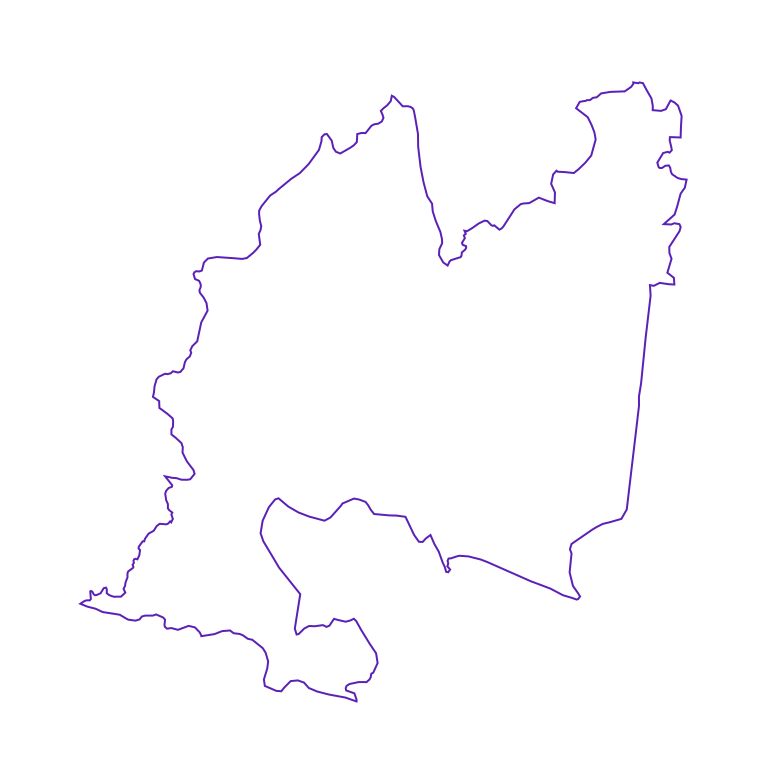 Wamba, Orientale, Democratic Republic of the Congo (Mercator projection), rotated 4°
{"feature_id": "63176286B98159467986291", "entity_name": "Wamba", "entity_type": "district", "adm_level": 2, "iso_a3": "COD", "parent_name": "Democratic Republic of the Congo", "parent_adm1": "Orientale", "projection": "mercator", "projection_center": [27.709, 2.096], "detail": "fine", "context": "isolated", "style": "outline", "palette": "violet", "viewbox_px": 768, "rotation_deg": 4, "n_neighbors": 0, "source": "geoboundaries", "source_scale": "gbopen_adm2", "svg_char_len": 6082}
<svg xmlns="http://www.w3.org/2000/svg" viewBox="0 0 768 768"><g transform="rotate(4 384 384)"><path d="M219.4,648.3L232.4,645.3L239.8,641.8L247.6,640.6L251.4,643.1L257.3,643.4L260.7,644.5L261.5,645.0L266.0,647.7L269.6,648.2L270.4,648.3L281.5,656.0L284.7,660.4L287.8,668.8L287.4,675.8L284.8,687.1L286.2,693.5L297.9,697.6L303.0,697.7L305.6,693.9L311.6,686.9L318.7,685.7L325.0,687.4L330.2,692.5L338.7,695.4L350.6,697.6L367.5,699.5L378.7,702.6L378.7,700.9L376.0,694.6L368.5,692.6L367.6,692.3L367.0,690.1L367.7,687.8L370.5,685.7L379.6,683.1L387.4,682.6L390.1,679.8L391.2,677.5L391.5,673.9L393.4,672.8L397.1,662.8L394.9,653.2L387.9,644.2L378.5,631.1L372.8,622.4L370.3,620.3L366.8,622.3L362.3,623.8L355.8,622.8L350.5,621.8L346.4,628.9L343.6,630.3L339.9,628.8L331.7,630.5L326.2,630.6L321.5,633.5L316.4,639.3L314.3,640.0L312.1,634.2L315.1,599.5L292.2,574.6L284.3,563.2L274.6,549.3L271.3,541.5L272.5,528.8L277.8,514.8L283.5,506.7L286.8,505.4L297.0,512.9L307.6,518.1L318.7,521.5L334.2,524.5L339.9,520.9L349.3,508.8L350.9,506.1L362.0,500.4L367.3,501.0L373.8,502.9L376.7,506.1L379.5,510.3L383.2,514.4L398.8,514.7L405.7,514.4L414.7,515.0L424.5,532.4L429.8,538.9L433.5,538.9L436.8,534.9L440.9,531.4L445.4,540.1L450.3,547.4L455.1,558.2L457.4,562.3L459.1,567.0L461.2,567.3L461.6,566.6L462.9,564.5L461.1,562.6L459.9,561.5L460.6,558.6L459.8,555.9L460.6,553.6L462.8,553.3L468.1,551.1L471.0,550.1L480.3,550.1L492.6,552.3L499.5,554.4L544.1,570.5L564.3,576.5L577.2,582.2L586.2,584.2L591.3,585.6L592.7,584.9L594.4,582.3L591.5,578.3L586.6,572.3L582.3,558.9L582.9,540.0L581.0,535.9L582.2,530.5L602.0,514.7L606.5,511.6L612.0,508.3L618.4,506.3L630.2,502.0L634.9,492.3L638.2,423.9L639.9,387.9L639.2,378.8L640.4,365.6L641.8,319.2L643.8,277.3L642.4,266.8L646.0,267.2L646.4,267.2L652.0,263.9L661.1,264.6L666.7,264.5L665.8,257.9L658.9,253.2L662.1,239.0L659.6,233.5L659.0,227.4L668.1,211.0L669.0,206.7L667.5,203.9L662.3,203.4L660.9,204.1L659.6,204.8L652.0,205.0L653.2,203.7L658.1,198.8L662.1,194.6L664.2,185.9L666.6,173.5L670.4,167.2L671.6,159.0L666.0,158.8L662.3,157.9L656.7,154.6L655.4,152.3L654.4,148.3L652.9,146.1L649.3,146.7L646.3,149.1L644.1,149.3L642.9,148.6L641.2,144.1L646.4,134.1L650.9,132.6L652.7,133.3L654.8,130.7L654.0,127.4L652.0,121.1L652.0,117.8L653.1,117.7L662.7,117.4L662.3,106.7L662.2,95.8L657.9,85.8L654.0,82.8L650.1,81.2L646.0,90.2L641.4,92.2L633.0,92.1L632.7,87.7L630.9,80.5L625.9,73.1L621.3,65.8L617.8,65.4L616.7,66.2L611.6,65.8L611.9,66.9L611.4,67.8L609.8,70.4L603.7,75.3L600.8,75.6L589.5,76.8L580.3,79.0L576.3,83.1L572.4,84.0L569.7,86.4L566.6,86.7L565.4,87.5L561.3,88.4L559.6,88.9L558.9,90.3L556.4,95.5L568.6,103.6L573.0,111.1L576.3,118.2L578.1,125.3L574.8,141.6L569.4,149.2L563.1,156.2L558.6,160.3L549.5,160.0L542.5,160.1L541.2,159.2L538.1,163.2L536.8,172.7L541.2,181.0L541.6,191.7L534.4,190.1L525.4,187.3L516.3,193.4L510.5,194.2L507.9,195.0L502.0,200.6L492.3,218.2L490.6,220.5L488.4,222.0L482.9,218.0L481.6,218.7L480.0,218.1L475.8,214.3L473.0,214.0L467.4,217.2L460.5,222.8L456.1,225.8L453.6,225.5L455.1,228.4L453.3,230.2L454.5,232.8L451.9,237.9L453.0,239.8L456.2,240.7L456.5,242.4L455.5,244.4L452.5,247.3L452.3,250.8L451.5,252.2L449.2,253.0L442.2,255.8L440.9,257.1L439.2,261.4L434.6,258.6L429.9,251.6L429.8,245.7L432.2,239.5L431.7,235.3L429.6,228.3L424.3,217.8L420.6,208.5L419.7,203.0L419.4,200.8L414.1,193.8L409.4,180.1L405.3,164.8L401.5,144.8L400.5,132.4L396.5,115.9L394.5,108.6L393.3,106.9L391.1,105.7L388.2,105.2L383.3,105.7L379.9,102.4L374.0,96.9L371.7,95.9L371.0,101.3L367.8,105.7L364.2,109.0L361.8,111.8L363.6,115.1L364.9,118.5L363.5,122.3L360.1,124.7L356.2,125.6L353.5,127.2L348.1,135.0L344.3,135.1L339.9,136.5L340.0,144.6L337.1,148.1L334.0,150.6L324.3,157.1L319.9,155.7L317.0,152.1L314.9,144.9L309.6,138.6L307.2,139.1L304.6,142.1L304.7,146.0L302.8,155.0L293.4,170.0L285.3,179.5L277.0,185.9L274.7,188.1L265.6,196.7L262.9,199.6L257.3,203.9L249.5,215.1L247.4,219.6L247.5,222.9L248.8,229.9L250.5,234.9L250.1,239.1L248.6,242.9L250.8,253.8L247.2,258.9L244.6,262.0L238.4,267.9L233.8,269.1L224.6,269.0L208.5,269.0L199.6,271.1L195.9,275.4L194.4,283.5L192.0,284.6L188.7,284.6L187.1,285.8L186.3,287.6L188.2,292.5L192.4,294.0L194.0,297.0L194.2,297.4L194.4,299.9L193.3,303.5L194.1,306.0L198.0,310.3L201.3,315.7L202.9,323.1L197.4,335.3L194.7,354.4L190.1,359.7L188.4,363.9L189.5,366.2L188.4,370.0L185.2,373.2L183.9,376.0L182.9,382.3L180.0,386.2L177.5,386.9L172.6,386.0L170.5,388.2L167.2,389.3L165.0,389.0L163.0,390.1L159.0,392.4L158.2,393.3L156.8,395.2L155.3,402.1L155.1,408.5L154.4,413.0L160.9,416.7L161.6,423.6L163.8,424.9L170.2,429.0L175.6,433.1L176.3,436.2L176.4,441.6L175.1,444.1L175.5,449.2L179.7,452.0L186.0,457.0L187.7,461.1L187.8,466.5L192.6,474.7L196.4,479.1L200.0,483.2L201.3,486.9L197.3,492.6L194.1,493.3L188.5,493.6L183.7,492.4L179.6,492.4L172.1,491.4L179.8,499.8L179.5,501.4L176.4,502.8L174.1,505.8L173.4,508.8L173.8,510.5L174.8,515.0L176.8,518.8L177.1,523.1L178.6,524.9L181.8,527.0L181.0,529.1L182.8,533.3L182.1,534.9L181.3,536.9L180.2,536.0L179.6,536.8L178.0,538.6L177.9,538.6L176.5,539.2L170.0,539.1L167.2,541.5L164.5,546.5L159.6,549.7L156.9,554.2L156.5,554.9L156.3,555.2L155.8,557.7L155.5,557.7L154.2,557.8L150.7,563.5L150.7,565.3L151.8,566.3L152.2,566.6L151.9,571.8L150.6,575.1L150.2,576.1L148.2,575.7L146.9,576.4L146.4,577.9L146.6,578.6L147.0,579.8L145.8,582.0L146.8,583.9L146.4,585.0L141.9,588.8L141.4,590.5L141.3,590.9L141.6,594.7L140.4,598.7L140.0,600.0L139.8,603.5L138.5,606.5L140.5,610.2L136.4,614.5L132.2,614.8L129.3,615.1L124.6,613.8L123.9,613.3L122.0,612.0L121.8,608.1L120.8,606.5L118.6,607.3L115.9,612.5L112.1,614.5L110.5,614.9L109.5,614.3L109.2,614.1L107.4,611.4L106.0,610.9L105.4,611.4L106.6,618.9L105.5,620.4L104.5,620.4L102.2,620.6L101.1,621.1L99.9,621.7L96.4,624.4L103.7,626.8L112.0,628.3L119.1,631.1L136.5,632.6L142.2,635.5L145.2,636.9L152.6,637.4L156.6,635.9L158.7,632.8L162.0,631.7L169.4,631.2L172.1,630.1L172.8,629.8L179.9,632.3L182.0,634.3L182.0,635.9L181.8,639.7L182.4,641.5L184.6,643.2L188.9,642.3L195.6,643.6L206.0,638.9L206.5,639.0L212.4,640.0L217.5,644.6L219.0,647.2L219.2,647.6L219.4,648.3Z" fill="none" stroke="#5b21b6" stroke-width="2"/></g></svg>